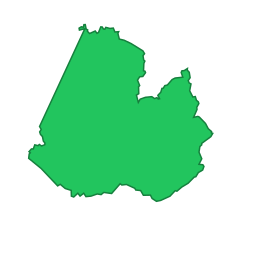 outline of Guaratuba, Paraná, Brazil, rotated 114°
{"feature_id": "56859067B52183991417177", "entity_name": "Guaratuba", "entity_type": "district", "adm_level": 2, "iso_a3": "BRA", "parent_name": "Brazil", "parent_adm1": "Paraná", "projection": "orthographic", "projection_center": [-48.788, -25.795], "detail": "medium", "context": "isolated", "style": "filled", "palette": "green", "viewbox_px": 256, "rotation_deg": 114, "n_neighbors": 0, "source": "geoboundaries", "source_scale": "gbopen_adm2", "svg_char_len": 1835}
<svg xmlns="http://www.w3.org/2000/svg" viewBox="0 0 256 256"><g transform="rotate(114 128 128)"><path d="M160.0,54.8L154.0,50.6L146.0,47.6L144.9,46.2L140.1,45.6L136.0,42.7L132.2,43.0L131.1,44.7L132.3,48.4L126.1,48.1L121.2,53.3L115.7,54.8L113.4,53.8L112.1,54.4L102.2,48.8L98.4,48.4L98.5,49.9L97.3,50.2L96.0,54.4L92.3,59.1L89.0,67.3L89.0,68.9L91.6,72.4L83.0,72.5L81.1,73.6L76.9,73.2L75.5,74.4L74.8,76.8L71.9,79.3L73.3,81.4L68.9,86.8L62.1,88.4L62.0,90.4L60.2,92.3L56.8,91.7L52.2,94.7L51.0,97.4L49.5,97.9L52.7,100.0L53.8,102.0L55.6,102.0L59.3,98.6L63.2,105.3L65.8,107.4L72.7,109.5L74.3,111.6L77.4,112.0L78.0,113.1L82.0,112.6L86.0,114.0L88.4,111.1L89.2,112.2L88.5,113.9L90.3,115.7L89.7,119.0L92.9,124.6L96.7,128.6L100.4,129.0L94.5,133.7L92.3,132.1L86.1,135.1L84.5,134.6L80.4,138.8L76.5,138.2L74.9,135.4L70.3,134.5L69.2,135.6L69.4,137.1L62.5,139.8L60.0,139.8L59.5,141.3L55.8,143.7L53.4,143.1L51.5,145.7L49.6,159.5L49.4,167.3L50.3,172.1L45.7,175.7L43.8,175.7L45.6,179.0L42.7,182.1L44.4,185.0L45.1,189.2L47.2,189.4L47.5,190.8L46.2,192.6L46.7,194.0L52.7,193.8L54.1,194.9L52.7,197.4L57.3,201.5L56.1,204.5L54.8,204.7L54.6,206.5L50.9,209.1L51.5,210.3L54.1,209.8L54.5,211.8L56.7,213.3L58.3,212.2L54.9,207.8L162.6,209.4L164.6,206.7L167.5,207.1L169.5,205.3L170.6,202.7L174.4,200.0L175.5,197.8L177.1,197.2L179.6,199.7L179.1,202.3L180.7,203.0L181.3,206.3L185.6,206.0L186.4,207.7L189.9,208.8L190.4,207.2L191.9,207.7L196.1,206.4L200.3,190.9L209.5,168.7L207.0,167.0L208.8,160.7L208.1,154.5L213.3,152.0L213.1,149.5L208.0,147.3L209.7,144.1L205.6,141.9L207.8,138.5L205.3,134.1L200.8,129.3L199.8,125.5L196.7,123.9L194.5,116.3L182.1,112.5L182.6,110.5L180.2,106.4L180.3,97.3L181.5,95.7L180.0,91.0L183.2,86.6L180.2,80.2L182.6,77.3L183.4,72.2L180.9,68.7L173.2,61.9L166.1,59.4L165.8,57.6L160.0,54.8Z" fill="#22c55e" stroke="#15803d" stroke-width="1.5"/></g></svg>